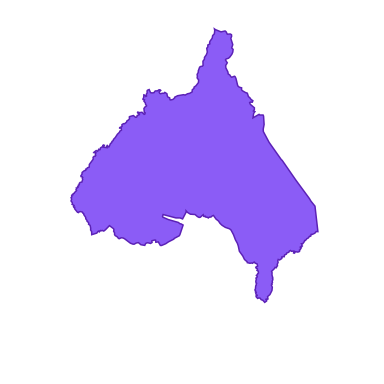 the district of Mulanje, Mulanje, Malawi, rotated 151°
{"feature_id": "42251766B75579143939980", "entity_name": "Mulanje", "entity_type": "district", "adm_level": 2, "iso_a3": "MWI", "parent_name": "Malawi", "parent_adm1": "Mulanje", "projection": "mercator", "projection_center": [35.53, -15.905], "detail": "fine", "context": "isolated", "style": "filled", "palette": "violet", "viewbox_px": 384, "rotation_deg": 151, "n_neighbors": 0, "source": "geoboundaries", "source_scale": "gbopen_adm2", "svg_char_len": 5994}
<svg xmlns="http://www.w3.org/2000/svg" viewBox="0 0 384 384"><g transform="rotate(151 192 192)"><path d="M95.7,227.4L102.7,227.3L99.9,230.9L98.0,231.8L99.0,233.1L97.6,233.7L96.6,235.4L98.3,239.9L98.5,241.1L98.2,242.3L97.4,242.3L95.7,241.3L94.5,242.3L95.5,244.4L95.7,246.4L96.4,248.1L95.7,251.6L97.1,253.2L98.9,256.3L99.1,257.4L98.1,259.1L99.8,260.7L100.5,262.7L98.5,270.0L98.4,272.1L98.8,272.7L101.6,273.1L102.1,274.0L102.2,276.0L103.1,277.7L102.4,279.6L102.2,284.2L101.2,286.3L98.5,287.9L98.7,291.3L97.6,291.8L95.3,291.3L93.7,291.6L90.4,293.1L88.5,294.6L86.9,296.8L87.4,298.8L84.9,301.1L83.6,307.5L81.8,309.0L81.2,310.5L82.0,311.7L84.6,312.9L84.5,315.7L85.0,316.8L89.0,318.0L92.8,322.7L93.3,323.8L93.9,322.1L95.8,319.5L98.1,318.8L99.8,316.7L103.1,315.2L104.0,314.4L104.6,312.9L106.9,312.9L107.8,311.2L109.4,310.6L110.8,306.9L112.9,305.1L115.8,303.7L116.8,302.1L119.0,301.1L121.0,297.3L121.8,297.0L123.7,297.6L124.8,297.5L127.8,294.9L128.5,293.6L130.5,292.4L131.2,290.6L132.2,289.3L131.9,286.8L133.3,284.6L137.0,283.0L139.4,282.7L140.0,281.7L142.3,281.2L143.3,279.5L146.1,279.4L148.3,280.1L151.0,280.1L152.2,281.2L157.9,283.2L161.2,283.3L161.6,282.7L163.7,282.2L166.0,282.8L166.5,283.3L165.9,285.3L166.9,286.4L167.1,287.6L166.3,290.2L167.5,292.3L168.7,291.9L169.7,292.6L172.0,293.3L172.4,293.9L172.3,295.4L170.1,296.0L170.3,296.7L171.2,297.4L173.1,297.2L174.9,298.1L175.7,298.1L177.1,297.3L178.9,298.0L180.1,299.0L179.8,302.4L181.6,302.6L182.3,302.2L183.2,300.4L184.5,299.7L185.3,297.9L186.0,297.9L186.5,299.8L187.0,300.3L188.6,297.9L189.9,297.1L190.0,296.7L188.9,295.6L190.0,294.7L189.6,292.7L190.1,291.2L189.9,289.6L190.1,289.3L192.1,289.1L193.6,288.3L195.0,285.0L194.6,283.9L195.5,283.0L196.2,283.1L197.1,286.0L199.3,286.8L200.7,288.2L201.0,288.1L201.1,287.3L200.4,285.9L200.5,285.2L202.9,285.5L203.6,284.6L204.5,284.4L205.2,284.8L206.2,287.3L210.0,288.2L210.4,288.1L211.2,286.3L212.7,285.8L214.3,285.8L215.5,284.8L217.8,284.4L218.8,285.0L220.6,284.9L221.5,283.2L224.0,283.4L224.3,283.1L224.2,282.8L223.0,282.5L222.9,282.1L223.7,280.3L225.7,280.2L226.5,279.4L229.2,278.7L232.8,276.8L235.1,276.1L236.0,275.2L237.5,275.0L238.3,274.1L239.8,273.9L242.7,271.7L243.1,271.9L243.6,273.8L244.7,273.2L244.8,272.0L247.4,273.8L247.6,274.2L246.0,275.3L246.7,276.1L247.5,275.9L248.2,274.5L249.1,275.1L250.7,274.9L251.8,273.7L252.2,273.6L252.8,274.6L254.8,273.4L255.7,274.7L258.4,274.3L258.8,274.1L258.5,273.8L257.4,273.5L257.0,272.9L258.2,271.9L258.6,270.5L259.5,270.2L260.1,270.7L261.7,270.3L262.5,268.6L268.4,265.9L269.8,263.6L271.8,263.9L272.8,263.3L273.8,263.5L274.0,262.8L274.7,262.5L275.8,262.9L278.6,262.4L279.7,260.8L281.3,260.1L281.6,259.3L280.7,258.6L280.5,257.8L281.2,257.4L281.5,256.0L283.5,254.1L285.2,254.6L286.4,254.2L286.9,253.2L288.0,253.1L288.1,252.4L289.3,252.3L289.3,251.5L290.5,251.3L291.2,251.6L291.4,250.9L292.3,250.3L292.3,249.2L295.0,248.5L295.6,248.0L296.8,248.1L297.6,247.3L298.1,247.7L299.1,247.1L299.4,246.0L300.5,245.7L300.7,244.1L302.0,243.0L302.2,242.2L301.8,241.1L302.4,239.4L302.8,239.3L301.7,237.4L302.7,236.8L302.8,236.1L302.0,235.5L302.8,234.3L302.0,229.8L301.2,229.0L300.2,229.4L298.8,228.8L297.6,227.5L297.7,226.4L297.2,225.7L297.6,224.6L297.3,221.4L297.9,220.0L297.6,217.9L298.0,217.2L297.5,216.1L297.4,214.8L298.1,214.0L297.3,212.2L298.1,209.6L299.1,207.9L299.0,206.0L300.4,203.3L295.2,202.2L293.4,203.1L292.3,203.0L292.4,202.1L290.4,202.6L289.7,201.8L289.0,201.8L288.1,200.6L286.1,200.9L280.5,202.6L278.4,197.9L278.6,196.8L279.6,195.6L279.5,193.9L280.4,192.2L280.3,191.1L279.1,189.0L278.8,187.0L278.2,186.4L276.1,186.3L274.7,185.3L273.7,183.9L270.7,177.1L269.0,175.1L267.9,174.4L265.4,174.4L263.4,173.7L262.3,170.7L259.2,168.2L257.9,169.2L256.7,169.5L255.2,169.0L253.2,167.1L251.4,167.2L251.0,168.6L250.6,168.8L247.7,168.0L247.2,167.5L248.0,165.6L245.7,164.7L245.6,160.6L244.6,160.0L240.1,159.5L236.8,159.8L230.7,159.6L230.1,160.0L224.3,159.9L223.1,160.7L215.8,167.4L217.0,169.4L217.9,170.1L218.7,172.0L226.0,179.3L229.7,184.1L229.6,184.9L228.2,186.3L218.7,177.2L215.0,175.1L213.3,173.0L206.8,177.3L206.3,178.3L205.9,176.5L204.2,173.4L200.2,170.8L199.2,167.9L198.1,166.3L197.0,165.9L193.2,166.7L193.5,165.0L192.1,164.3L192.4,163.7L190.6,162.2L190.4,161.4L189.0,161.6L187.6,160.9L185.7,161.3L184.6,161.1L184.1,156.6L182.9,153.8L182.7,151.0L181.9,148.4L180.0,144.9L177.0,141.6L176.3,139.8L176.4,134.6L177.2,129.1L177.2,125.1L177.7,122.4L179.3,117.2L178.6,111.4L178.8,107.5L177.6,104.2L177.9,103.4L175.9,101.6L174.1,100.9L173.6,100.3L172.1,100.6L171.4,100.4L171.3,99.2L169.9,97.5L170.5,95.4L172.7,95.3L172.8,94.2L172.2,93.6L172.1,92.8L173.2,91.9L172.4,90.7L173.2,88.9L174.3,88.7L174.7,88.1L176.1,87.9L175.9,86.4L176.8,85.7L177.6,85.8L178.0,85.2L178.0,84.5L179.4,83.1L179.9,82.0L179.7,80.9L180.4,80.6L180.8,79.5L181.8,79.0L183.5,76.5L184.5,75.8L184.3,74.3L185.0,73.9L184.6,72.9L185.3,72.5L185.6,71.0L185.0,70.1L185.3,69.8L186.4,70.0L186.7,69.3L186.2,67.1L184.8,66.9L183.9,66.1L183.7,64.3L182.5,62.9L181.9,60.2L179.6,60.5L179.2,61.1L179.4,62.3L179.0,62.4L178.1,61.7L177.4,61.6L176.6,63.9L173.6,64.5L169.8,67.1L167.9,69.8L167.7,72.1L166.6,72.5L166.6,73.3L165.6,73.7L165.1,75.1L163.8,76.1L163.4,77.6L163.0,77.6L162.3,80.6L161.0,82.8L160.9,84.0L156.9,85.1L156.0,85.8L154.9,84.9L154.1,85.7L153.0,86.0L152.5,87.4L150.8,88.7L150.4,90.2L149.3,91.2L148.4,90.1L145.7,90.3L145.0,91.6L144.3,91.2L143.6,91.4L142.7,90.7L141.5,92.1L139.6,91.9L138.8,92.7L136.5,92.4L135.4,93.2L134.2,93.1L133.9,92.0L131.4,90.9L131.4,90.5L132.7,89.5L132.3,88.9L131.5,89.0L130.8,89.9L128.5,88.1L126.9,87.9L126.3,88.3L126.2,89.1L125.0,89.3L123.7,90.1L124.3,90.7L123.9,91.4L122.4,91.1L121.7,91.3L121.9,92.1L121.1,92.9L121.2,93.6L120.2,93.1L118.1,94.0L117.0,95.0L116.3,94.6L114.1,95.5L112.5,95.4L110.7,96.3L110.1,95.9L109.4,95.9L108.4,97.2L107.3,96.6L104.6,96.4L102.5,97.2L101.1,96.3L91.3,120.0L92.4,126.3L92.5,129.4L95.4,152.0L97.8,176.0L98.2,177.0L100.5,198.0L100.3,210.3L99.2,212.5L96.2,216.1L92.6,223.7L92.5,224.9L95.4,226.5L95.7,227.4Z" fill="#8b5cf6" stroke="#5b21b6" stroke-width="1.5"/></g></svg>